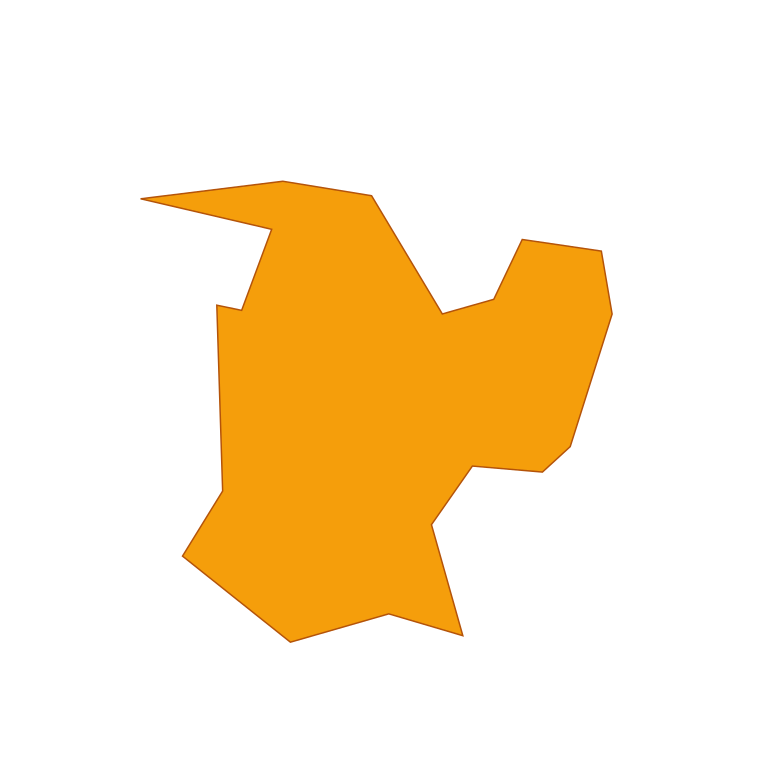 the district of Centar, Čair, North Macedonia, rotated 338°
{"feature_id": "65306769B31528709538806", "entity_name": "Centar", "entity_type": "district", "adm_level": 2, "iso_a3": "MKD", "parent_name": "North Macedonia", "parent_adm1": "Čair", "projection": "equal_earth", "projection_center": [21.43, 41.996], "detail": "fine", "context": "isolated", "style": "filled", "palette": "amber", "viewbox_px": 768, "rotation_deg": 338, "n_neighbors": 0, "source": "geoboundaries", "source_scale": "gbopen_adm2", "svg_char_len": 423}
<svg xmlns="http://www.w3.org/2000/svg" viewBox="0 0 768 768"><g transform="rotate(338 384 384)"><path d="M621.7,404.6L635.3,342.2L566.3,301.8L517.5,346.6L464.3,340.9L443.0,204.8L366.1,158.1L227.7,121.1L337.8,198.5L279.6,262.4L258.5,248.3L194.3,422.8L132.7,468.1L200.5,588.3L302.3,598.9L362.8,646.9L375.3,532.2L435.2,493.2L497.9,525.0L533.2,511.8L621.7,404.6Z" fill="#f59e0b" stroke="#b45309" stroke-width="1.5"/></g></svg>